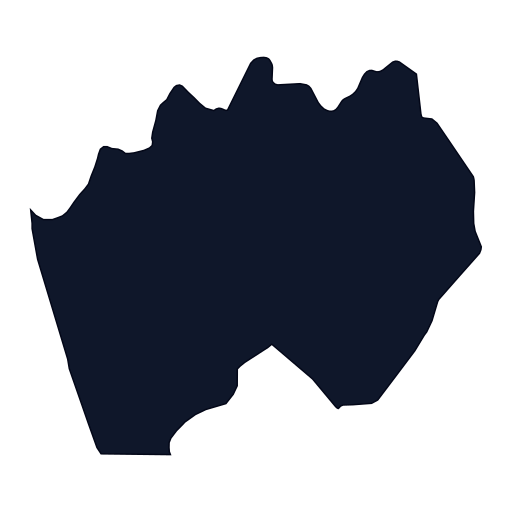 map outline of South Kordufan (Equal Earth projection)
{"feature_id": "SDN-882", "entity_name": "South Kordufan", "entity_type": "State", "adm_level": 1, "iso_a3": "SDN", "parent_name": "Sudan", "parent_adm1": "", "projection": "equal_earth", "projection_center": [29.886, 11.03], "detail": "fine", "context": "isolated", "style": "filled", "palette": "ink", "viewbox_px": 512, "rotation_deg": 0, "n_neighbors": 0, "source": "natural_earth", "source_scale": "10m", "svg_char_len": 2168}
<svg xmlns="http://www.w3.org/2000/svg" viewBox="0 0 512 512"><path d="M450.4,142.9L473.3,176.7L473.5,177.4L473.9,179.2L474.1,180.6L474.6,192.5L473.4,211.3L473.7,223.4L475.1,231.3L481.3,246.8L480.9,249.7L479.5,253.3L459.1,276.3L438.8,299.4L437.7,301.5L432.0,320.7L426.7,331.9L424.3,335.1L414.8,350.8L396.3,375.4L377.7,400.0L371.6,403.3L353.0,404.7L343.2,405.0L342.1,405.4L340.4,406.2L339.4,407.5L338.2,408.5L337.0,407.9L335.6,406.6L312.6,379.0L292.2,361.6L271.8,344.2L267.9,347.4L244.7,362.4L240.0,366.2L237.3,369.0L237.2,385.8L233.2,394.3L225.9,403.6L205.8,409.5L195.4,414.5L184.8,422.1L183.1,424.0L176.5,430.7L170.9,438.1L169.1,442.6L169.0,447.6L169.3,451.7L170.4,454.6L135.7,454.2L101.1,453.8L97.0,447.6L88.2,423.0L82.2,405.7L69.3,368.7L67.7,359.1L37.6,259.2L32.1,228.7L32.1,228.2L32.1,223.3L30.7,210.0L35.6,215.3L43.4,219.6L52.5,219.6L57.9,217.7L62.5,215.9L67.0,212.2L70.2,207.9L73.9,202.4L79.8,194.5L84.8,189.0L88.5,184.1L91.2,176.1L94.9,166.9L97.6,158.4L98.6,154.1L100.4,149.2L103.6,146.7L107.2,146.7L111.8,148.6L118.1,149.2L122.2,151.0L125.4,153.5L129.0,153.5L134.0,152.9L144.0,150.4L149.5,148.0L152.2,145.5L152.7,141.8L151.8,138.2L152.7,132.1L155.9,120.4L157.7,110.7L160.5,105.2L163.2,102.7L166.8,99.7L170.0,93.5L174.1,87.4L176.4,85.6L179.6,85.0L182.3,86.2L188.2,92.3L194.1,97.8L199.5,103.3L205.4,108.2L213.9,110.6L216.2,109.0L218.9,108.2L220.9,108.5L222.6,109.1L224.3,109.9L225.8,110.4L227.5,110.2L250.7,63.3L253.8,60.0L257.0,58.3L260.5,57.6L263.7,57.4L266.3,57.8L267.5,58.3L268.4,58.8L269.0,59.3L269.9,60.5L271.4,63.2L272.0,64.5L272.3,65.9L272.5,67.7L272.0,79.2L272.2,80.9L273.0,82.4L275.1,84.2L277.7,84.9L300.1,83.7L306.5,84.9L308.8,86.2L310.8,88.4L318.2,102.6L320.7,105.9L324.0,109.0L327.0,110.5L329.2,111.2L331.4,111.3L333.7,110.9L336.0,109.5L337.9,107.3L341.5,101.7L342.4,100.5L343.4,99.6L345.0,98.6L350.0,96.2L352.8,94.3L355.6,91.6L357.8,88.4L362.5,77.4L364.5,74.2L366.9,71.7L369.6,70.5L371.8,70.4L376.3,71.8L378.3,71.8L380.2,71.4L382.9,70.0L392.7,62.1L395.3,61.2L397.2,61.3L399.4,62.0L416.4,74.1L420.9,113.8L421.3,115.6L421.8,117.1L423.0,117.8L424.3,118.1L431.9,119.0L437.0,123.2L450.4,142.9Z" fill="#0f172a" stroke="#020617" stroke-width="1.5"/></svg>